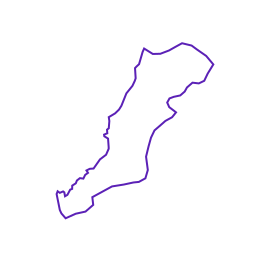 outline of Hwadae, Hamgyŏng-bukto, North Korea, rotated 139°
{"feature_id": "82179303B21594878793257", "entity_name": "Hwadae", "entity_type": "district", "adm_level": 2, "iso_a3": "PRK", "parent_name": "North Korea", "parent_adm1": "Hamgyŏng-bukto", "projection": "equal_earth", "projection_center": [129.512, 40.825], "detail": "fine", "context": "isolated", "style": "outline", "palette": "violet", "viewbox_px": 256, "rotation_deg": 139, "n_neighbors": 0, "source": "geoboundaries", "source_scale": "gbopen_adm2", "svg_char_len": 1189}
<svg xmlns="http://www.w3.org/2000/svg" viewBox="0 0 256 256"><g transform="rotate(139 128 128)"><path d="M81.5,108.3L81.9,110.4L83.2,116.7L81.7,121.5L77.3,123.1L73.0,121.5L67.2,118.3L61.3,118.3L56.9,119.9L49.6,119.9L45.3,115.2L39.5,113.6L32.1,116.8L21.9,120.0L21.7,131.1L24.5,142.2L25.9,148.5L31.6,156.5L38.9,158.1L46.2,159.6L54.9,162.8L60.7,167.6L63.7,177.4L67.1,175.8L77.8,168.9L81.3,168.8L83.4,168.6L89.6,160.5L92.0,159.1L97.0,156.9L106.5,155.2L118.4,149.1L122.7,147.8L128.1,147.5L135.4,148.8L137.5,145.5L142.7,140.4L144.9,140.5L147.1,137.6L150.4,138.7L151.3,137.3L150.0,133.1L155.1,126.3L156.2,125.0L162.1,122.2L169.7,122.7L180.6,120.0L183.1,121.9L183.7,122.3L187.2,123.2L187.6,120.4L191.1,120.7L194.9,119.1L197.2,121.7L201.0,121.9L203.7,120.5L207.9,121.1L210.1,118.7L212.1,119.4L217.6,117.3L220.3,117.8L218.3,121.2L218.6,122.7L222.0,123.8L222.6,126.4L225.2,125.0L233.0,111.3L233.3,110.7L234.3,107.2L234.3,100.8L223.7,97.6L214.9,92.8L204.7,92.8L200.3,99.2L193.0,97.6L178.4,94.4L168.3,88.1L159.6,83.3L155.2,80.2L147.9,78.6L140.6,83.3L133.2,94.5L124.3,100.8L117.0,105.6L109.6,108.8L102.3,108.8L95.0,108.8L87.7,107.2L81.5,108.3Z" fill="none" stroke="#5b21b6" stroke-width="2"/></g></svg>